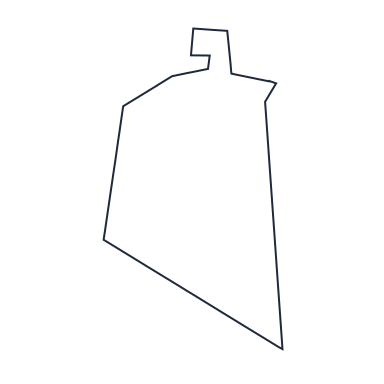 Al Khalaq, Al Jawf, Yemen, rotated 266°
{"feature_id": "15242507B45819395653811", "entity_name": "Al Khalaq", "entity_type": "district", "adm_level": 2, "iso_a3": "YEM", "parent_name": "Yemen", "parent_adm1": "Al Jawf", "projection": "orthographic", "projection_center": [44.809, 16.066], "detail": "fine", "context": "isolated", "style": "outline", "palette": "slate", "viewbox_px": 384, "rotation_deg": 266, "n_neighbors": 0, "source": "geoboundaries", "source_scale": "gbopen_adm2", "svg_char_len": 815}
<svg xmlns="http://www.w3.org/2000/svg" viewBox="0 0 384 384"><g transform="rotate(266 192 192)"><path d="M150.5,100.5L126.6,134.0L120.5,142.5L117.5,146.8L116.1,148.7L110.5,156.6L103.1,167.0L95.1,178.2L94.6,178.8L92.0,182.5L91.2,183.7L68.5,215.4L54.8,234.6L54.1,235.6L31.3,267.6L29.0,271.3L34.0,271.3L42.3,271.3L276.9,271.2L294.5,283.5L297.4,276.8L297.0,276.6L306.8,241.4L307.3,239.7L307.9,239.7L308.0,239.5L316.9,239.4L350.3,238.4L352.2,224.5L355.0,204.7L328.4,200.5L326.9,219.2L322.4,218.3L314.5,216.7L313.7,216.6L311.4,199.1L311.1,196.4L308.9,180.2L306.6,175.8L297.3,158.1L296.9,157.3L293.1,150.0L282.4,129.4L279.0,128.6L260.6,124.6L257.7,124.0L249.7,122.2L247.4,121.7L231.5,118.3L225.5,117.0L225.2,116.9L200.2,111.4L164.5,103.6L163.0,103.3L150.5,100.5Z" fill="none" stroke="#1e293b" stroke-width="2"/></g></svg>